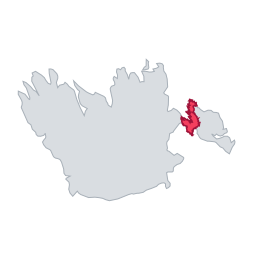 Donegal Lea-6, Donegal, Ireland (highlighted), rotated 82°
{"feature_id": "5873133B96049761393494", "entity_name": "Donegal Lea-6", "entity_type": "district", "adm_level": 2, "iso_a3": "IRL", "parent_name": "Ireland", "parent_adm1": "Donegal", "projection": "mercator", "projection_center": [-8.322, 54.625], "detail": "fine", "context": "in_parent", "style": "filled", "palette": "rose", "viewbox_px": 256, "rotation_deg": 82, "n_neighbors": 0, "source": "geoboundaries", "source_scale": "gbopen_adm2", "svg_char_len": 8323}
<svg xmlns="http://www.w3.org/2000/svg" viewBox="0 0 256 256"><g transform="rotate(82 128 128)"><path d="M159.5,39.3L154.5,42.9L153.7,44.2L152.3,49.7L152.1,51.2L148.9,57.2L147.2,58.5L144.5,59.4L143.0,60.4L141.1,59.9L138.7,60.0L137.5,61.1L137.5,61.9L138.3,62.8L142.7,65.6L142.5,66.8L141.2,68.1L133.2,71.3L130.9,73.2L130.0,74.5L130.9,76.7L137.2,83.1L138.3,83.8L139.3,87.5L144.9,89.1L147.2,91.4L149.1,91.9L153.4,91.7L155.2,92.6L156.1,92.0L156.7,90.7L161.5,86.2L160.0,82.8L164.9,77.0L166.2,77.1L168.5,78.8L170.4,81.3L171.0,84.6L172.7,87.6L173.9,88.6L177.0,89.2L177.7,90.3L177.1,94.6L177.6,96.0L185.5,95.9L188.6,94.0L191.3,94.4L192.7,96.3L193.3,98.3L190.9,99.0L188.5,98.6L187.3,99.9L187.2,102.4L188.0,105.6L189.7,107.8L191.0,112.9L192.1,118.5L193.8,121.9L194.1,126.2L193.9,128.2L194.2,131.9L193.5,133.2L194.0,136.7L196.8,147.9L197.4,156.5L196.0,159.8L194.1,162.9L192.9,166.5L191.9,170.4L191.4,176.7L187.3,184.1L185.6,185.9L183.5,187.0L187.9,192.2L184.3,194.5L180.4,195.2L176.1,193.9L173.4,194.0L170.0,196.7L169.2,196.2L167.6,192.0L166.4,196.4L163.9,197.7L159.6,197.4L152.4,198.6L149.7,199.8L148.5,201.8L147.7,204.0L146.6,205.3L145.3,206.0L139.8,207.6L138.7,208.3L136.2,211.9L132.8,213.9L130.0,214.6L127.6,212.5L126.6,211.2L125.4,210.6L121.6,210.7L122.8,211.3L123.6,212.8L124.0,215.6L123.5,218.4L121.7,219.8L119.4,220.0L115.9,222.9L111.3,223.7L108.8,226.3L93.4,230.7L92.5,230.8L90.4,229.7L88.1,229.2L85.8,229.5L79.4,232.0L76.2,231.5L80.2,225.3L85.6,222.2L86.1,221.4L84.4,221.0L74.2,223.1L70.7,225.0L67.2,225.5L68.8,222.7L73.3,218.8L77.3,216.3L79.0,214.0L83.8,211.4L68.3,216.8L64.3,216.1L63.3,214.6L60.2,215.3L59.0,211.7L63.6,206.3L66.4,203.9L69.6,202.6L72.7,200.8L73.9,198.6L72.4,197.9L63.1,198.4L58.6,198.0L58.8,196.2L59.7,194.2L64.3,190.9L66.8,190.3L69.0,190.6L73.0,192.6L78.3,192.0L76.1,189.8L75.7,185.5L74.0,184.0L76.1,182.0L78.6,180.7L82.7,176.5L84.2,175.9L92.3,174.8L101.0,172.6L109.7,169.6L105.3,167.8L103.1,165.6L99.7,170.2L97.2,171.9L90.3,172.8L88.1,172.3L85.0,170.9L84.0,171.4L83.1,172.5L78.5,174.8L73.7,175.3L79.3,171.2L86.4,164.2L88.0,162.0L90.3,158.2L89.6,156.4L88.1,155.5L93.3,147.5L95.1,146.1L98.4,145.8L100.9,144.6L102.0,144.6L102.9,144.1L105.0,141.7L101.8,140.2L98.4,139.4L87.8,140.2L86.5,140.1L85.2,139.3L84.3,138.3L83.7,135.5L82.9,134.9L80.5,134.9L78.2,135.8L76.6,135.7L75.0,134.5L77.5,131.7L74.2,131.0L70.9,131.6L68.1,130.8L68.0,129.0L69.3,127.3L67.6,125.6L67.3,123.5L69.0,122.5L71.0,122.8L74.9,121.3L79.9,120.5L75.6,119.0L73.9,117.6L73.8,115.6L74.1,113.9L79.1,111.0L84.4,109.7L84.0,107.8L84.4,105.7L79.0,105.1L73.7,106.6L74.3,102.6L75.6,99.0L75.8,96.6L75.6,94.0L73.1,95.1L72.8,91.5L71.7,89.0L68.1,90.7L68.2,87.5L69.2,85.2L71.1,84.2L73.0,84.6L76.6,84.6L80.0,82.9L84.9,82.4L92.8,83.0L98.2,87.8L99.6,86.9L101.7,83.9L102.7,83.5L110.9,84.9L115.9,86.6L117.3,86.1L116.6,82.7L114.8,80.3L117.0,77.2L119.7,75.1L121.4,74.1L125.5,72.8L127.3,71.6L128.5,67.6L130.4,64.2L120.1,66.0L110.3,62.0L111.9,59.2L114.0,57.6L117.5,56.4L117.9,54.9L119.7,53.7L122.6,50.5L121.5,46.3L122.1,43.3L124.3,41.3L124.9,38.4L125.9,36.3L130.3,35.5L134.4,33.5L140.9,33.3L142.6,34.1L142.2,30.6L145.2,30.1L146.4,30.8L146.9,33.3L148.3,34.9L148.8,37.6L147.8,39.7L146.3,41.3L147.7,43.0L145.5,46.0L147.9,44.7L151.2,41.8L151.1,39.4L150.5,36.4L149.6,33.6L150.0,30.6L151.9,28.7L156.9,27.8L154.8,24.3L156.6,24.0L158.6,24.7L161.5,27.4L167.7,31.2L164.7,34.5L161.0,36.8L159.5,39.3ZM72.7,103.9L72.5,105.4L70.2,103.5L69.0,101.4L62.6,100.4L65.2,98.3L66.6,98.9L71.1,99.0L72.4,99.9L72.7,103.9Z" fill="#d9dde1" stroke="#a8b0b8" stroke-width="1"/><path d="M128.9,73.9L129.4,73.7L131.0,73.7L131.0,73.4L131.7,73.3L131.5,73.1L131.5,72.8L131.8,72.7L133.3,72.6L133.4,71.8L133.3,71.6L134.1,70.2L134.5,69.4L134.9,69.6L135.6,69.4L136.2,70.1L137.6,69.9L138.0,70.0L139.2,70.0L139.4,70.2L140.2,69.5L139.9,69.1L140.4,68.5L140.8,68.3L141.1,68.0L141.0,67.8L141.2,67.5L141.4,67.6L142.2,67.2L142.3,67.2L142.2,67.0L142.3,66.8L142.6,66.5L144.3,65.9L144.4,65.4L144.0,65.4L144.1,65.0L143.9,64.6L143.7,64.9L143.0,65.2L142.9,65.5L142.8,65.4L142.5,65.5L142.4,65.1L141.9,65.3L141.5,64.7L141.0,64.6L140.6,64.2L140.1,64.7L139.8,64.6L139.4,64.8L139.3,64.7L139.2,64.3L139.3,64.1L139.2,63.7L138.0,63.4L137.5,62.7L137.4,62.3L137.9,61.8L137.9,61.5L137.6,61.6L137.4,61.3L137.2,61.2L137.3,60.8L136.8,60.8L136.7,60.2L136.4,59.6L136.6,59.3L136.6,59.2L136.1,58.8L135.2,57.6L135.3,57.5L135.1,57.5L135.0,57.4L135.2,57.0L134.7,56.8L134.5,57.0L133.8,57.7L133.6,57.2L133.4,57.3L133.0,56.8L132.8,56.0L132.4,56.1L132.4,56.7L132.3,57.1L131.5,57.7L131.3,57.4L130.8,57.4L130.5,57.2L129.5,57.9L129.2,57.5L128.6,57.4L128.3,57.1L128.4,57.7L128.1,57.7L127.6,58.2L126.6,58.4L126.3,58.2L125.4,59.0L124.4,59.4L123.7,60.1L123.1,59.9L123.0,60.3L122.4,60.2L122.3,60.4L122.1,61.3L121.9,61.4L121.8,61.6L121.4,61.0L120.7,60.9L119.8,60.2L119.6,60.3L119.2,60.0L117.9,59.9L116.8,60.4L115.5,60.5L115.4,60.4L115.5,60.1L115.4,59.9L115.4,59.6L115.1,59.3L115.1,59.1L114.9,58.9L115.7,58.2L115.4,57.7L115.6,57.4L115.6,56.6L115.2,56.8L115.0,56.7L114.4,57.0L114.1,57.0L113.8,57.2L113.4,57.1L113.5,57.3L113.3,57.3L113.4,57.5L113.1,57.7L112.6,57.5L112.7,57.8L112.2,58.1L112.3,58.2L112.2,58.3L112.3,58.4L112.2,58.5L111.6,58.6L111.2,58.9L110.9,58.8L110.9,59.0L111.1,59.0L110.8,59.4L110.8,59.6L111.0,59.8L110.7,60.0L110.8,60.1L110.9,60.3L111.1,60.3L111.2,60.2L111.3,60.2L111.2,60.2L111.4,60.3L111.1,60.3L111.1,60.5L110.9,60.6L110.4,60.5L110.0,60.7L109.8,60.9L109.7,60.8L109.5,60.7L109.4,60.6L109.3,60.9L109.1,60.8L109.0,61.0L109.3,61.6L109.8,61.6L109.6,61.8L109.7,62.1L109.7,62.4L109.5,62.5L109.4,62.7L109.5,63.2L109.7,62.9L109.8,63.2L109.9,62.9L110.1,62.9L110.0,63.3L111.6,63.8L112.0,64.0L112.6,64.1L112.8,64.5L113.1,64.6L112.8,64.9L113.0,65.2L112.9,65.4L113.0,65.4L113.3,65.3L113.6,65.4L113.7,65.2L114.0,65.4L114.6,65.3L114.3,64.8L114.3,64.3L114.1,64.1L114.2,63.7L114.6,64.5L114.4,64.8L114.5,64.9L114.8,65.2L115.1,65.2L115.5,65.0L115.4,65.2L115.0,65.4L115.2,65.5L116.1,65.6L115.9,65.9L115.8,66.0L116.2,65.9L116.3,65.7L116.7,65.7L116.9,65.4L117.2,65.3L117.4,65.5L119.1,64.5L119.4,64.6L119.4,64.4L119.5,64.6L119.4,64.9L119.6,65.0L119.2,65.3L119.2,65.5L119.4,65.7L119.2,66.0L119.9,66.2L120.1,65.7L120.6,65.2L120.7,64.9L120.6,64.7L120.8,64.4L121.0,63.7L121.1,63.9L121.3,63.7L120.9,64.6L120.9,64.9L121.0,65.1L120.7,65.3L120.8,65.4L120.7,65.6L120.9,65.3L121.0,65.5L121.3,65.5L121.3,65.2L121.6,65.0L121.7,64.7L122.0,64.5L122.1,64.8L122.2,64.7L122.4,64.5L122.2,64.9L122.6,65.2L122.6,65.3L122.5,65.5L121.9,66.4L122.1,66.3L122.0,66.6L120.4,67.1L120.5,67.5L120.2,67.8L120.1,68.1L119.9,68.2L120.0,68.3L120.7,67.9L120.8,67.7L120.7,67.7L121.0,67.4L121.0,67.2L122.1,66.8L122.6,66.4L122.6,66.2L123.4,65.7L123.8,64.8L124.8,64.5L125.5,63.9L125.8,64.1L126.0,64.5L125.4,65.2L125.5,65.4L125.1,66.0L125.1,66.4L126.0,66.1L126.8,65.5L127.2,65.5L127.3,65.2L127.8,64.8L128.1,64.8L128.2,64.7L128.7,64.3L129.2,64.5L129.1,64.3L128.9,64.3L129.1,64.2L129.4,63.8L129.6,63.8L130.0,63.8L129.7,64.1L129.3,64.2L129.6,64.4L129.5,64.6L129.5,64.9L129.5,64.6L129.8,64.6L130.4,64.1L130.3,63.7L130.7,63.6L130.6,63.8L131.0,63.6L131.1,63.4L130.7,64.1L130.9,64.1L130.7,64.5L130.1,64.8L130.7,64.6L130.6,64.8L131.2,64.7L130.7,64.9L130.6,65.0L130.8,65.0L130.4,65.2L130.5,65.4L130.9,65.2L131.0,65.4L131.3,65.4L131.3,65.6L131.0,65.7L131.2,65.8L130.8,65.9L131.0,65.8L131.0,65.6L130.8,65.5L130.6,65.8L130.7,65.5L130.5,65.4L130.3,65.7L130.6,65.8L130.4,65.9L130.4,66.1L130.4,66.3L129.9,66.3L129.8,66.2L130.1,66.0L129.7,65.7L129.9,65.5L129.9,65.3L129.7,65.5L129.7,65.4L129.8,65.4L129.6,65.3L129.9,65.3L129.9,65.2L129.7,65.2L129.8,65.0L129.4,65.1L129.3,65.5L129.4,66.2L129.4,66.7L129.2,66.8L129.0,67.2L128.5,67.4L128.4,67.6L128.5,67.7L128.4,67.8L128.3,67.7L128.0,68.0L127.7,67.9L127.6,68.0L127.9,68.7L128.0,69.3L127.5,69.4L126.7,70.0L126.6,70.3L126.1,70.6L126.8,71.5L127.9,71.6L128.1,71.5L128.1,71.8L128.4,71.9L127.6,71.8L126.6,71.9L126.4,71.7L126.6,71.5L126.5,71.4L126.2,71.9L126.2,72.5L125.6,72.6L125.7,72.8L125.6,72.7L125.6,72.8L125.8,72.9L125.7,73.2L124.7,73.1L124.4,73.4L124.7,73.4L125.0,73.5L125.1,73.9L125.6,73.9L126.0,74.2L126.4,74.2L126.6,74.0L127.1,74.1L127.3,73.8L127.3,73.6L127.5,73.6L127.6,73.4L128.9,73.9ZM108.3,62.7L108.2,62.8L108.2,63.0L108.5,63.1L108.3,62.7ZM130.3,65.2L130.2,65.0L130.0,65.3L130.3,65.2ZM130.1,64.4L130.4,64.3L130.1,64.4ZM130.3,65.5L130.2,65.4L130.1,65.5L130.3,65.5ZM115.4,56.6L115.5,56.7L115.4,56.6Z" fill="#f43f5e" stroke="#9f1239" stroke-width="1.5"/></g></svg>